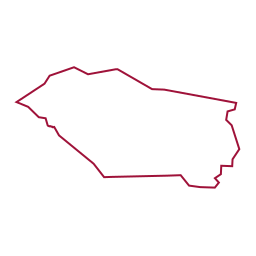 the district of Marion, West Virginia, United States of America, rotated 178°
{"feature_id": "52423323B25945038003590", "entity_name": "Marion", "entity_type": "district", "adm_level": 2, "iso_a3": "USA", "parent_name": "United States of America", "parent_adm1": "West Virginia", "projection": "natural_earth1", "projection_center": [-80.207, 39.513], "detail": "fine", "context": "isolated", "style": "outline", "palette": "rose", "viewbox_px": 256, "rotation_deg": 178, "n_neighbors": 0, "source": "geoboundaries", "source_scale": "gbopen_adm2", "svg_char_len": 674}
<svg xmlns="http://www.w3.org/2000/svg" viewBox="0 0 256 256"><g transform="rotate(178 128 128)"><path d="M238.5,157.8L227.0,152.6L216.8,141.9L210.0,140.6L208.2,133.5L207.8,133.0L207.0,132.6L206.2,132.6L205.9,132.3L205.2,132.5L204.4,132.0L203.5,131.9L203.4,131.5L203.0,131.3L201.7,131.6L197.2,123.0L163.6,93.5L153.6,79.7L146.6,79.7L90.7,79.0L77.0,79.0L69.0,68.3L57.9,66.4L43.3,65.4L39.1,70.3L42.9,74.8L36.8,78.6L36.1,87.0L25.2,86.2L24.6,93.1L17.5,103.0L24.3,127.1L29.6,132.7L27.9,141.1L20.7,142.9L19.0,149.3L90.5,165.1L102.6,166.0L136.4,187.1L138.4,187.1L166.1,183.1L179.8,190.6L204.5,183.0L209.9,175.2L238.5,157.8Z" fill="none" stroke="#9f1239" stroke-width="2"/></g></svg>